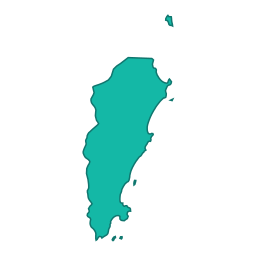 outline of Florianópolis, Santa Catarina, Brazil
{"feature_id": "56859067B31215399006442", "entity_name": "Florianópolis", "entity_type": "district", "adm_level": 2, "iso_a3": "BRA", "parent_name": "Brazil", "parent_adm1": "Santa Catarina", "projection": "mercator", "projection_center": [-48.495, -27.558], "detail": "fine", "context": "isolated", "style": "filled", "palette": "teal", "viewbox_px": 256, "rotation_deg": 0, "n_neighbors": 0, "source": "geoboundaries", "source_scale": "gbopen_adm2", "svg_char_len": 4047}
<svg xmlns="http://www.w3.org/2000/svg" viewBox="0 0 256 256"><path d="M95.7,112.0L95.4,115.5L95.6,116.9L96.0,118.3L96.3,119.5L96.6,120.5L97.6,121.8L98.6,123.5L97.7,124.8L96.0,126.3L92.6,129.2L91.0,130.7L90.1,131.6L88.8,132.7L87.9,134.1L87.2,135.7L86.9,138.0L86.0,139.6L85.7,140.7L85.8,141.9L86.1,143.0L86.1,144.4L85.4,146.0L84.4,148.1L83.8,149.7L83.2,151.6L83.2,153.0L83.9,154.9L84.9,156.8L85.8,157.8L87.4,158.9L88.4,159.6L89.8,161.3L89.6,162.6L89.1,163.8L88.2,165.2L87.6,166.5L87.1,167.7L86.7,168.9L86.7,170.1L86.6,171.7L86.5,173.5L87.1,175.9L87.4,177.1L88.0,179.4L88.3,181.7L88.6,184.1L88.7,185.9L88.7,187.9L88.1,189.5L87.4,190.6L87.4,192.3L87.8,193.8L88.0,195.7L88.1,196.9L88.5,198.4L89.2,199.7L89.8,200.6L91.0,202.1L92.0,203.7L91.5,204.8L90.3,205.8L89.4,207.1L88.5,208.7L89.1,210.3L89.2,211.7L88.4,212.8L87.5,213.8L87.2,215.4L87.8,216.5L89.2,217.4L90.3,218.2L90.7,219.5L90.4,220.7L90.2,222.0L90.1,223.3L90.3,224.8L91.1,226.8L92.1,227.8L93.0,228.5L94.0,229.6L94.6,230.6L95.3,231.7L95.7,232.9L95.9,234.2L95.8,235.7L95.8,237.0L95.8,238.6L96.1,240.2L97.1,239.5L98.5,237.1L99.7,236.4L101.4,236.9L101.9,238.0L103.1,237.1L104.3,236.3L105.4,235.7L106.7,234.9L107.8,233.6L108.1,232.5L108.4,231.2L108.6,229.7L109.2,228.1L109.8,227.1L110.1,226.0L110.0,224.4L110.8,223.0L110.5,221.8L111.4,220.0L112.6,218.3L113.7,217.2L114.8,216.5L115.8,215.9L117.1,215.6L118.6,215.6L119.9,216.3L119.9,217.8L120.0,219.1L121.2,220.3L122.8,220.6L124.3,220.7L125.4,219.8L126.3,219.2L127.3,218.6L127.7,217.5L128.2,216.2L127.1,214.6L127.2,213.1L127.9,211.7L129.3,211.1L130.6,211.2L130.4,208.9L129.8,208.0L128.8,207.7L127.7,207.1L126.8,205.7L125.3,205.8L124.3,206.3L123.3,205.6L122.7,204.4L122.8,203.1L121.4,203.1L120.4,202.3L120.0,201.2L119.9,199.9L119.9,198.4L120.0,196.8L120.2,194.9L120.5,193.8L121.0,192.8L121.5,191.4L121.8,189.6L122.3,188.5L122.9,187.3L123.5,186.2L124.2,185.1L125.0,183.9L126.1,182.9L127.0,182.1L128.2,181.5L129.0,180.2L129.4,178.5L129.7,177.1L129.8,175.4L130.1,174.1L130.5,172.5L130.9,171.1L131.4,169.8L132.1,168.2L132.7,166.9L133.4,165.7L134.2,164.1L135.0,162.9L135.9,161.4L136.9,160.1L137.6,159.1L138.4,158.0L139.5,156.7L140.7,156.0L141.7,154.7L142.5,153.2L143.7,152.3L144.2,151.2L145.9,150.1L145.0,148.4L145.2,146.9L145.9,145.5L146.9,144.2L147.5,142.8L148.4,141.6L149.6,141.1L150.5,141.3L151.0,139.9L150.7,138.3L151.5,136.6L152.4,135.6L153.2,134.7L152.9,133.6L151.7,133.4L150.8,133.9L149.6,134.0L148.4,133.5L147.7,132.1L147.3,130.7L147.2,129.1L147.2,126.9L147.6,124.7L148.3,122.4L149.0,120.4L149.6,118.8L150.1,117.6L150.6,116.4L151.1,115.4L151.8,113.9L152.8,112.1L154.1,109.8L154.8,108.8L155.5,107.5L156.3,106.3L157.3,104.9L158.5,103.4L159.4,102.2L160.4,101.0L161.8,99.6L162.7,98.8L163.5,98.0L164.6,97.9L165.8,97.2L166.2,95.3L166.3,93.6L165.8,92.3L165.5,90.6L166.0,89.1L166.6,87.7L167.4,86.0L168.4,85.2L169.9,84.8L171.0,83.7L171.5,81.8L170.8,80.8L170.1,79.8L169.4,79.0L168.7,79.9L168.2,81.2L167.8,82.6L166.8,83.2L165.7,83.0L164.6,82.7L163.3,82.1L161.9,81.2L160.9,80.3L159.9,79.2L158.7,77.6L157.9,76.2L157.1,74.9L156.6,73.4L156.1,72.0L156.3,70.9L156.3,69.6L155.5,68.4L153.7,68.0L152.9,66.8L152.7,65.6L152.4,64.2L152.8,62.7L153.2,61.2L153.5,60.0L152.7,59.2L151.8,58.5L128.2,57.6L120.4,63.6L116.9,65.9L115.7,67.0L113.5,69.2L111.3,76.3L108.4,80.0L104.3,82.3L101.9,83.4L98.8,84.6L96.6,85.3L94.0,86.2L92.8,87.1L93.1,88.4L93.5,90.2L94.1,92.5L93.4,94.6L91.0,99.0L91.0,100.7L91.5,102.7L92.7,104.5L94.2,106.3L95.2,107.8L95.9,110.1L95.7,112.0ZM172.4,24.4L171.8,21.9L171.6,20.3L171.5,18.6L171.3,16.8L170.1,16.7L168.7,16.6L167.9,15.4L166.9,16.5L165.8,18.6L165.7,20.2L167.3,20.6L168.0,21.5L168.5,22.8L169.0,24.5L170.0,25.3L171.4,25.4L172.6,26.0L172.4,24.4ZM113.9,239.8L114.3,238.4L115.5,237.7L115.3,236.5L113.8,237.1L112.9,238.3L112.2,239.8L113.0,240.6L113.9,239.8ZM134.8,184.4L135.2,183.1L135.6,181.8L135.8,180.5L134.6,180.4L134.2,181.4L133.9,183.2L134.0,185.0L134.8,184.4ZM122.1,237.9L122.0,236.7L120.6,236.8L119.9,238.3L121.5,238.9L122.1,237.9ZM172.8,99.1L171.7,99.6L170.5,100.2L172.1,100.6L172.8,99.1Z" fill="#14b8a6" stroke="#0f766e" stroke-width="1.5"/></svg>